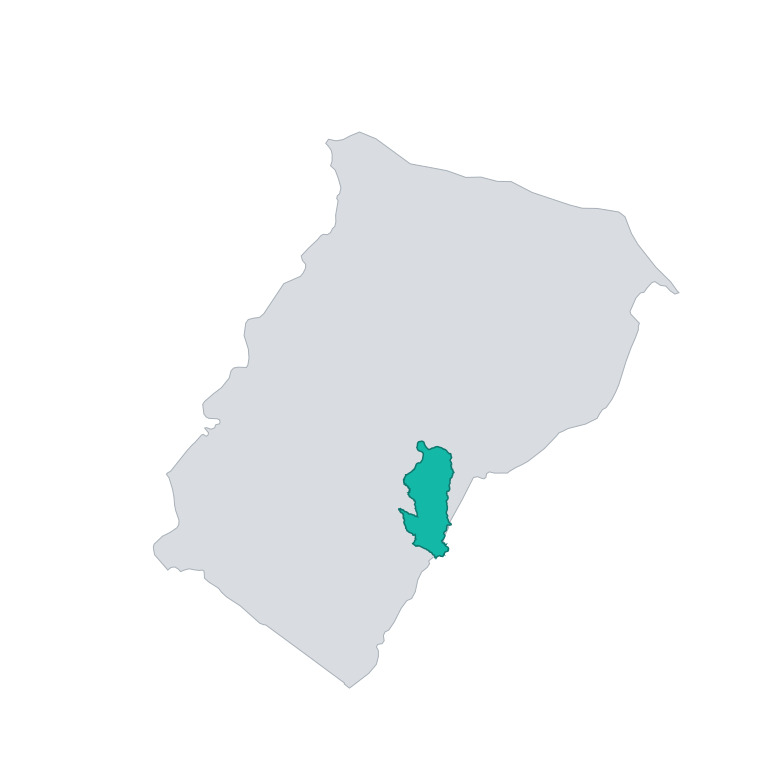 Bole, Northern, Ghana (highlighted), rotated 217°
{"feature_id": "2480657B39398526932747", "entity_name": "Bole", "entity_type": "district", "adm_level": 2, "iso_a3": "GHA", "parent_name": "Ghana", "parent_adm1": "Northern", "projection": "orthographic", "projection_center": [-2.328, 8.691], "detail": "fine", "context": "in_parent", "style": "filled", "palette": "teal", "viewbox_px": 768, "rotation_deg": 217, "n_neighbors": 0, "source": "geoboundaries", "source_scale": "gbopen_adm2", "svg_char_len": 8561}
<svg xmlns="http://www.w3.org/2000/svg" viewBox="0 0 768 768"><g transform="rotate(217 384 384)"><path d="M464.5,109.6L470.0,114.8L471.2,117.8L469.3,129.1L465.4,137.0L462.9,144.4L463.2,148.1L465.7,151.8L474.1,157.5L478.4,161.3L483.4,167.0L489.3,172.5L499.2,179.7L503.5,181.0L503.3,183.0L501.9,185.8L501.2,212.9L500.5,219.9L499.8,223.5L499.0,233.6L498.0,235.1L496.1,235.0L494.4,235.3L493.9,237.4L494.7,239.4L500.7,240.9L499.4,242.4L494.9,243.8L492.9,246.9L493.8,250.3L491.4,253.2L492.1,255.0L493.7,256.4L496.2,255.9L503.2,251.2L506.1,250.6L509.7,251.6L516.5,258.6L516.8,262.1L514.2,274.1L511.6,283.3L511.2,295.6L514.1,302.5L513.7,306.3L510.7,309.6L503.8,314.4L504.3,317.6L507.5,323.6L513.4,330.3L524.9,338.5L531.0,349.3L531.2,353.8L527.7,358.2L523.6,362.1L522.3,367.6L524.4,403.9L515.5,419.8L515.4,424.3L516.4,429.5L518.8,432.6L523.4,433.5L527.2,436.5L526.0,447.6L524.0,458.9L523.7,464.3L522.6,467.0L519.1,469.1L517.8,472.7L518.7,477.1L518.1,480.3L520.0,484.5L524.2,489.7L530.9,502.7L533.4,503.7L534.6,506.4L533.9,509.1L536.5,514.8L543.9,520.5L551.7,525.5L558.0,526.1L559.5,530.6L563.7,536.3L566.7,538.8L571.4,540.4L575.4,541.2L575.6,546.1L568.6,549.4L563.8,554.5L560.2,562.1L555.2,570.5L537.9,575.0L531.2,575.1L495.6,575.6L462.2,592.2L443.0,598.2L431.2,607.5L415.3,614.1L404.2,622.2L381.1,626.1L343.2,638.8L331.4,643.7L319.4,652.5L299.9,662.7L292.2,662.6L276.9,653.1L265.4,648.3L237.3,640.9L216.4,638.1L206.2,634.9L203.4,634.4L205.8,630.9L211.7,630.7L217.8,631.8L222.5,629.2L229.3,628.8L231.1,626.1L231.7,619.2L231.6,613.6L234.0,611.1L234.6,604.5L231.2,590.0L228.9,588.3L216.6,586.2L215.7,583.3L213.5,580.3L211.2,572.8L208.5,561.6L204.3,547.7L196.1,524.9L194.1,516.8L192.7,508.6L192.4,498.7L194.1,495.1L193.9,490.0L193.1,484.9L198.9,473.3L210.3,459.1L212.7,454.0L214.8,450.4L215.1,445.3L217.1,428.7L222.6,408.6L226.0,401.1L228.3,397.0L231.1,390.3L231.8,387.2L242.2,379.3L247.0,377.2L248.1,374.1L246.4,370.7L247.1,368.4L249.6,367.3L253.5,366.3L256.3,363.1L251.9,338.4L248.4,313.7L248.2,311.6L246.0,308.2L244.0,298.0L240.5,292.0L235.6,290.3L235.6,284.7L240.5,275.2L241.8,269.6L239.5,268.0L239.1,263.6L240.8,256.6L240.0,252.3L239.1,247.8L234.0,236.9L232.8,229.3L235.4,224.8L235.3,215.1L232.6,200.0L232.1,190.4L234.0,186.5L233.1,182.7L229.4,179.1L229.2,175.6L232.3,172.2L231.9,169.6L228.0,167.6L224.5,163.0L221.4,155.6L222.0,143.8L228.0,122.2L228.7,120.3L235.3,120.5L235.4,121.4L256.1,121.2L279.8,121.0L308.1,120.7L333.8,120.4L334.9,119.4L339.2,118.2L365.2,120.3L381.4,119.2L388.3,119.9L393.3,121.3L404.5,120.4L410.5,120.9L415.1,126.3L416.9,126.2L419.4,123.9L423.9,121.3L428.4,119.2L431.7,114.9L433.6,111.7L436.6,112.4L440.8,112.1L443.7,109.4L444.7,105.3L464.5,109.6Z" fill="#d9dde1" stroke="#a8b0b8" stroke-width="1"/><path d="M238.6,275.9L238.4,276.0L238.2,276.2L238.2,276.5L237.9,277.2L237.6,276.8L237.6,277.1L237.4,277.2L237.7,277.2L237.7,277.5L237.8,277.4L237.7,278.0L236.8,279.8L236.4,280.3L235.9,280.6L235.6,280.7L235.3,280.5L234.2,281.1L233.4,281.5L233.2,281.8L233.2,282.2L232.8,282.3L233.2,282.3L233.4,283.1L233.7,283.7L233.8,284.2L233.5,284.2L233.8,284.4L234.0,286.6L233.7,287.3L232.6,288.6L232.4,288.9L232.5,289.5L232.6,289.4L232.7,289.8L232.8,289.7L233.3,290.3L233.4,291.4L234.4,292.0L237.2,291.8L238.2,292.0L238.4,292.2L237.9,292.7L237.9,293.2L238.3,292.7L239.1,292.4L239.4,292.5L239.3,292.8L239.5,292.9L240.1,292.6L240.6,292.6L240.6,292.8L240.8,292.6L242.0,292.5L242.8,292.9L243.1,293.6L243.5,293.6L243.2,295.6L243.8,299.1L244.3,299.8L245.9,300.3L246.6,301.0L246.8,301.9L246.4,303.7L246.2,304.9L246.7,305.5L247.6,307.5L248.2,307.9L248.1,308.1L248.5,309.0L248.4,309.7L246.4,311.0L245.7,312.1L246.7,312.8L247.9,312.6L248.7,312.7L249.0,312.9L249.4,312.8L250.8,314.0L252.5,314.9L252.9,315.1L253.1,315.0L253.4,315.4L253.4,316.0L253.7,316.3L253.7,316.9L254.6,317.5L255.7,317.7L256.8,318.7L257.7,320.6L257.8,321.6L258.1,322.1L258.6,322.4L259.0,323.4L259.9,324.5L260.6,324.8L261.3,325.5L261.8,326.4L262.6,326.9L262.8,327.2L263.9,328.0L263.9,328.9L263.7,329.7L264.1,331.3L264.5,331.9L265.2,332.2L265.5,332.8L265.7,332.7L266.8,333.0L267.3,333.5L267.9,334.3L268.2,334.2L269.0,335.9L268.9,336.4L268.2,337.1L268.1,337.7L267.9,337.7L268.0,339.0L268.4,339.9L269.2,340.4L269.3,340.8L269.5,341.1L269.9,341.4L270.8,341.7L271.3,342.9L271.3,343.3L271.5,344.1L271.8,344.9L272.4,345.4L273.2,346.4L273.3,347.3L274.0,347.8L274.2,348.1L273.8,349.0L273.9,349.7L273.6,350.4L274.2,351.4L274.4,352.8L275.2,353.5L275.1,355.0L274.9,355.3L275.0,355.5L276.1,355.8L278.1,357.2L279.1,356.8L279.6,357.2L280.0,358.3L280.4,358.5L281.0,358.5L281.3,358.8L281.8,359.5L281.8,360.0L281.5,360.2L282.2,361.1L283.3,361.9L284.7,362.3L285.4,362.9L285.7,364.6L285.6,365.3L285.9,366.2L286.6,366.3L286.9,366.8L287.8,367.5L288.1,368.0L288.8,368.4L289.4,368.2L289.4,367.9L289.7,367.6L290.6,367.6L292.6,367.9L294.1,368.5L295.3,368.4L296.0,368.4L297.2,368.0L297.2,367.7L299.4,367.7L300.5,367.4L301.6,366.8L303.1,366.5L304.6,365.3L305.6,363.7L305.6,363.2L305.9,362.7L306.4,362.4L307.3,361.3L307.8,359.8L308.9,358.5L311.2,358.7L313.9,359.4L315.9,360.6L317.1,361.5L318.3,361.5L319.4,361.1L320.2,360.1L320.8,359.6L321.6,358.5L321.6,357.7L321.5,356.9L319.9,354.3L319.6,353.1L318.6,352.6L317.8,351.9L316.8,351.7L315.6,351.7L314.5,352.2L313.1,352.6L312.2,352.6L310.9,352.2L309.9,351.0L307.7,346.6L307.6,343.1L308.1,342.3L309.0,341.7L309.6,340.8L309.9,339.5L308.8,335.7L308.7,334.4L308.5,334.2L308.8,333.7L308.8,333.2L308.7,333.1L309.0,332.8L309.3,330.3L310.7,326.8L310.8,326.0L311.1,325.4L312.1,324.5L311.8,324.1L311.4,323.8L311.3,322.6L311.2,321.4L311.0,320.8L310.8,320.7L311.0,320.4L310.8,320.1L310.6,320.0L310.6,319.8L310.4,319.7L310.6,319.5L310.4,319.4L310.5,319.1L310.3,318.8L310.1,318.8L309.7,318.2L308.9,317.9L308.9,317.7L309.0,317.6L308.9,317.5L309.0,317.4L308.7,317.1L308.4,317.0L308.3,316.8L307.8,316.6L307.7,316.4L307.5,316.6L307.3,316.3L306.8,316.3L306.6,316.6L306.3,316.4L306.2,316.7L306.0,316.4L305.5,316.5L305.5,316.2L305.3,316.2L304.6,316.6L304.0,316.6L303.6,316.4L303.4,316.6L303.1,316.6L302.9,316.5L303.0,316.4L302.9,316.6L302.7,316.5L302.9,316.3L302.7,316.1L302.5,315.9L302.2,315.7L301.7,315.7L301.3,315.8L301.0,315.5L300.9,315.6L300.9,315.8L300.2,315.8L300.2,315.2L299.8,315.1L299.4,314.4L299.2,314.6L299.1,314.4L299.0,314.1L299.2,313.9L298.9,313.5L298.9,313.0L299.0,313.0L298.8,312.8L299.1,312.7L299.0,312.4L299.1,312.2L298.7,312.4L298.8,311.7L298.6,311.2L298.4,310.9L298.5,310.5L296.3,309.9L296.2,309.5L295.9,309.3L295.5,309.4L295.1,309.4L294.8,309.6L293.0,309.4L290.5,309.9L290.3,309.8L290.1,309.1L289.5,308.8L288.7,309.2L287.4,308.1L287.5,307.6L287.2,306.8L287.2,306.3L285.1,305.2L284.1,303.8L284.1,303.3L283.3,303.2L282.5,302.4L281.6,301.7L280.8,301.5L280.1,301.0L279.1,300.0L278.1,298.4L277.6,298.2L278.2,298.0L279.0,297.4L279.8,297.1L280.2,297.2L280.5,297.5L280.9,297.5L281.9,296.9L283.5,296.6L284.8,296.0L285.2,295.5L286.3,295.2L286.5,295.3L286.7,295.2L287.0,295.4L287.7,295.6L288.3,295.4L288.6,295.3L288.9,295.4L289.2,295.2L289.8,295.2L290.0,295.0L290.4,294.7L290.7,294.6L291.3,294.6L292.2,295.0L292.7,294.9L292.9,295.0L293.3,294.8L293.6,294.8L293.8,294.2L294.2,294.2L294.3,294.1L294.8,294.0L295.1,294.3L295.8,294.5L296.0,294.2L296.0,293.9L296.4,293.6L296.3,293.4L296.8,293.2L296.7,293.1L296.9,293.0L296.8,292.8L296.7,292.8L296.1,292.4L295.5,292.8L294.7,292.1L294.4,292.1L294.3,291.8L294.1,291.8L293.8,291.6L293.4,291.7L293.0,291.5L292.0,291.9L291.2,291.6L290.8,291.6L290.8,291.8L290.5,291.7L290.4,291.4L289.6,291.2L289.2,290.1L288.5,289.3L288.2,289.3L288.0,288.6L287.8,288.5L287.5,288.7L287.2,288.3L286.7,288.4L285.6,287.5L285.6,287.3L285.3,287.0L285.1,286.6L285.2,286.4L284.9,285.9L285.0,285.7L284.7,285.3L284.0,285.1L283.9,285.0L284.1,284.9L283.6,284.5L282.9,284.2L282.2,284.1L281.9,283.6L281.1,283.3L280.6,282.8L280.4,282.9L279.9,281.9L278.9,281.7L278.0,281.2L277.5,281.0L277.5,280.8L277.1,280.6L276.6,280.9L275.3,280.6L274.7,280.9L274.3,280.8L274.1,281.0L273.9,280.9L272.9,281.3L272.3,281.3L272.0,281.5L271.4,281.5L271.2,281.6L270.8,281.4L270.2,280.8L269.7,280.8L269.0,281.4L268.6,282.1L268.6,282.4L268.0,282.1L267.2,281.3L266.5,280.3L266.2,279.5L265.6,279.5L265.1,279.2L265.0,278.7L265.4,277.7L264.6,276.0L265.1,273.8L264.9,273.7L264.2,273.9L260.9,273.7L260.4,274.6L260.0,274.5L259.4,274.9L259.3,275.2L259.5,275.4L258.3,276.0L252.7,277.0L250.8,277.6L250.0,277.4L248.8,277.8L247.9,277.6L247.6,277.9L247.2,277.8L246.7,277.4L246.1,277.5L245.7,277.5L245.1,278.0L244.3,278.1L244.1,277.8L243.7,277.6L243.3,277.4L242.8,277.4L242.2,277.1L241.0,277.5L240.6,277.3L240.1,277.3L239.7,276.8L239.3,276.6L239.0,276.1L238.6,275.9Z" fill="#14b8a6" stroke="#0f766e" stroke-width="1.5"/></g></svg>